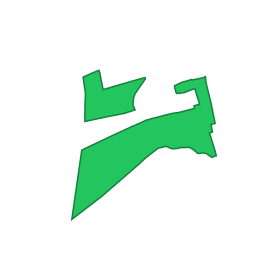 the district of San Sebastián Tutla, Oaxaca, Mexico, rotated 62°
{"feature_id": "50627088B66033285847791", "entity_name": "San Sebastián Tutla", "entity_type": "district", "adm_level": 2, "iso_a3": "MEX", "parent_name": "Mexico", "parent_adm1": "Oaxaca", "projection": "natural_earth1", "projection_center": [-96.683, 17.044], "detail": "fine", "context": "isolated", "style": "filled", "palette": "green", "viewbox_px": 256, "rotation_deg": 62, "n_neighbors": 0, "source": "geoboundaries", "source_scale": "gbopen_adm2", "svg_char_len": 3582}
<svg xmlns="http://www.w3.org/2000/svg" viewBox="0 0 256 256"><g transform="rotate(62 128 128)"><path d="M125.8,179.2L182.3,220.5L175.9,182.6L164.9,134.7L163.2,128.5L163.1,128.3L160.8,115.8L160.4,112.8L160.0,111.4L160.0,111.0L160.5,109.2L161.1,106.7L162.1,103.0L162.5,102.5L164.6,101.0L167.3,98.5L168.9,94.9L170.1,90.9L170.4,89.8L171.3,87.7L171.5,88.0L173.5,83.5L174.7,82.4L176.4,81.2L178.4,80.2L179.3,80.0L180.3,79.4L181.1,79.1L183.0,78.5L183.6,77.9L184.3,75.6L184.8,74.4L184.9,74.1L185.1,73.7L185.2,73.4L185.6,72.8L187.1,71.1L187.2,70.9L187.4,70.8L187.6,70.7L187.8,70.6L190.6,69.2L193.3,67.8L193.6,65.2L193.6,64.2L193.7,63.9L193.9,63.6L194.0,63.1L192.5,62.7L189.1,61.9L188.9,61.9L186.6,61.4L182.3,60.6L181.4,60.4L180.8,60.3L179.4,60.1L179.0,60.0L177.7,59.7L176.9,59.6L175.6,59.3L174.7,59.1L174.0,59.0L170.5,58.3L170.7,57.5L171.3,55.4L171.1,55.3L167.0,54.0L166.7,53.9L164.0,52.9L164.2,51.7L164.9,48.9L160.4,47.6L143.9,42.7L140.3,41.8L140.2,41.8L139.9,41.7L124.9,37.9L121.4,36.5L119.0,35.5L119.0,36.2L119.1,37.2L117.8,41.8L116.5,46.3L115.7,48.9L115.1,48.9L114.3,52.7L113.5,56.7L113.3,57.4L112.9,59.3L112.8,61.5L112.8,62.4L112.7,63.2L112.6,64.9L112.6,66.3L112.5,66.7L112.5,67.2L112.7,67.3L113.6,67.5L115.3,68.1L116.1,68.2L116.8,68.4L117.3,68.5L119.0,68.8L119.8,69.0L120.2,68.8L120.6,68.5L121.2,66.9L123.0,62.1L123.3,60.9L123.5,58.7L123.8,56.0L124.0,53.9L124.1,53.6L124.2,53.1L124.5,51.7L124.7,50.5L131.5,51.9L132.4,52.1L133.8,52.3L135.2,52.6L135.6,52.7L136.9,52.9L137.7,53.1L138.7,53.3L140.7,53.7L140.1,55.8L139.7,57.8L139.3,59.2L142.0,60.0L141.0,63.8L140.8,64.7L140.7,65.1L140.4,66.5L138.0,76.3L137.9,76.6L137.7,77.1L137.2,78.7L136.7,79.6L136.3,80.7L136.2,81.0L134.4,87.8L134.1,89.1L133.8,90.3L133.4,92.0L133.0,93.9L132.6,95.3L132.6,95.6L132.0,98.0L132.0,98.4L131.4,100.1L130.7,103.4L129.6,108.3L129.5,108.7L129.4,109.0L129.5,109.6L129.4,113.2L129.3,114.3L129.3,115.7L129.1,116.8L128.9,118.2L128.9,119.0L129.0,120.8L128.6,121.9L128.4,126.4L127.9,135.3L127.9,135.6L127.4,143.7L127.3,146.4L127.3,146.9L127.3,147.5L127.2,148.5L127.1,150.2L127.0,153.2L126.2,169.8L125.8,179.2ZM91.5,89.3L91.1,91.0L89.7,97.1L88.8,101.0L88.1,104.6L87.2,108.7L87.1,109.2L86.4,112.5L85.4,117.3L85.3,118.0L84.3,122.4L84.3,122.8L84.1,124.0L82.5,131.4L82.4,131.9L75.8,130.0L73.1,129.2L71.5,128.8L71.2,128.7L70.8,128.5L67.6,127.5L67.1,127.3L67.0,127.2L63.4,126.6L62.7,133.5L62.0,143.8L63.7,144.4L77.6,149.4L86.5,154.6L87.2,155.0L88.5,155.7L89.4,156.2L90.4,156.7L91.3,157.2L91.5,157.3L93.1,158.2L95.9,159.8L98.2,161.1L98.5,161.2L102.0,163.0L104.6,153.9L105.8,149.7L106.2,148.3L107.0,145.7L107.0,145.4L107.3,144.5L107.8,142.8L108.1,141.8L108.2,141.3L108.4,140.4L108.6,139.9L108.7,139.6L108.8,139.2L108.9,138.9L109.2,138.2L109.3,137.9L109.4,137.5L109.5,137.2L110.3,134.5L111.2,131.6L112.6,126.5L112.9,125.9L113.2,125.0L113.5,123.9L113.5,123.6L113.6,123.1L113.8,122.0L113.9,121.2L114.0,120.6L114.2,119.6L114.3,119.1L114.6,118.1L114.7,117.4L114.7,116.5L115.3,113.5L115.2,113.3L115.2,113.2L114.5,113.2L113.8,113.2L113.4,113.1L111.8,112.9L111.2,112.9L110.5,112.9L110.3,112.9L110.2,112.9L109.9,112.7L109.4,112.4L109.0,112.1L108.6,112.0L108.0,111.5L107.3,111.0L107.1,110.9L106.9,110.8L106.5,110.5L106.1,110.3L105.3,109.8L105.0,109.6L104.8,109.4L104.3,109.1L103.5,108.3L102.6,107.4L101.1,105.7L100.5,104.8L100.6,104.6L100.1,103.6L99.9,103.4L99.6,102.9L99.5,102.7L99.3,102.3L99.2,102.1L98.6,100.9L98.5,100.7L97.8,99.3L97.7,99.1L96.9,97.7L96.5,96.8L96.4,96.6L95.7,95.3L95.1,94.1L94.5,92.9L93.9,91.8L93.3,90.7L93.0,89.8L92.7,89.6L92.2,89.4L91.8,89.4L91.5,89.3Z" fill="#22c55e" stroke="#15803d" stroke-width="1.5"/></g></svg>